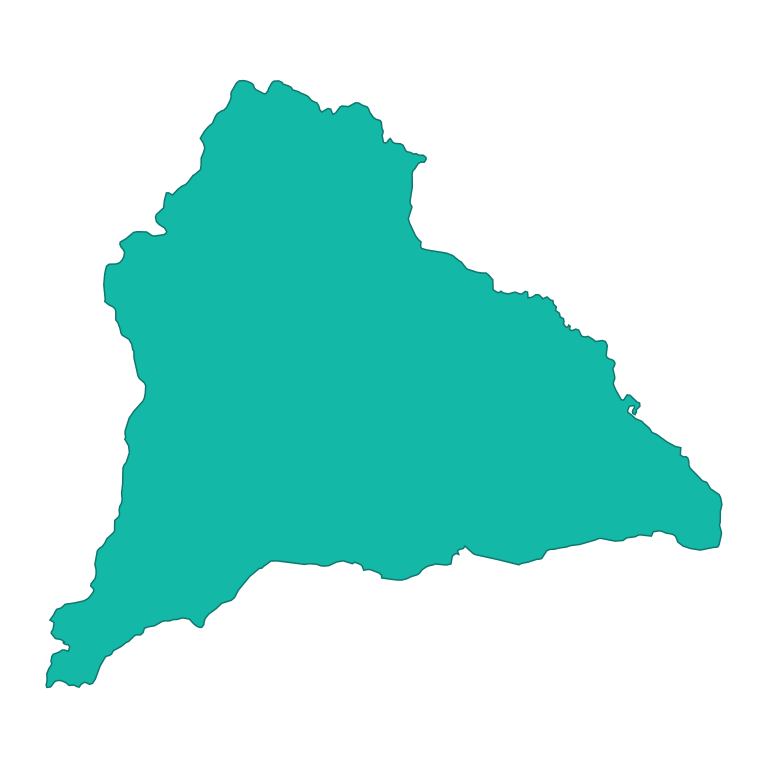 Ermera, Ermera, East Timor (orthographic projection), rotated 270°
{"feature_id": "22284137B14876648157947", "entity_name": "Ermera", "entity_type": "district", "adm_level": 2, "iso_a3": "TLS", "parent_name": "East Timor", "parent_adm1": "Ermera", "projection": "orthographic", "projection_center": [125.411, -8.766], "detail": "fine", "context": "isolated", "style": "filled", "palette": "teal", "viewbox_px": 768, "rotation_deg": 270, "n_neighbors": 0, "source": "geoboundaries", "source_scale": "gbopen_adm2", "svg_char_len": 6080}
<svg xmlns="http://www.w3.org/2000/svg" viewBox="0 0 768 768"><g transform="rotate(270 384 384)"><path d="M575.1,166.4L568.0,164.5L560.1,163.6L553.5,156.4L551.0,155.5L546.4,156.4L543.5,159.1L540.1,164.5L536.5,166.7L534.9,166.2L533.4,164.1L531.9,154.3L532.5,151.8L536.0,146.7L536.3,137.3L535.6,133.6L529.1,125.8L525.9,120.2L523.7,119.9L520.9,121.1L518.6,123.1L515.6,124.6L511.1,123.8L507.8,122.0L505.2,119.5L504.0,116.1L503.8,109.1L501.9,106.6L498.7,105.7L493.8,104.7L483.2,103.8L468.9,105.2L466.4,104.8L463.1,109.0L461.4,112.6L459.1,115.1L456.2,115.8L448.0,115.8L445.4,117.9L438.8,120.2L435.1,120.9L432.8,122.2L428.7,129.0L423.7,131.8L418.5,132.7L416.6,133.9L410.1,134.0L392.1,138.0L389.5,139.4L384.9,144.6L382.2,145.7L374.8,145.3L370.1,144.4L367.1,143.1L356.8,133.9L350.0,129.2L337.4,125.2L334.1,125.0L330.9,125.7L328.9,124.8L322.2,128.6L315.4,129.4L305.7,126.3L303.0,124.1L300.1,123.0L283.5,122.6L274.7,121.6L268.2,122.2L264.9,121.5L261.5,119.7L257.5,119.1L254.2,119.6L251.3,118.9L247.6,114.7L236.7,114.5L234.8,112.9L229.4,107.0L224.6,104.6L221.7,102.4L219.6,99.4L217.1,97.3L203.4,94.9L198.4,96.1L193.8,96.1L189.4,95.1L184.1,91.0L181.8,90.8L179.4,93.4L176.6,93.7L171.8,90.2L169.6,88.1L168.0,85.6L167.0,83.3L164.9,73.7L163.8,65.3L160.0,61.1L158.7,56.8L156.9,55.5L152.9,53.5L147.9,49.9L146.2,53.1L144.9,54.1L138.5,53.0L136.2,51.4L134.8,51.2L133.6,52.1L129.8,55.1L129.2,56.2L128.9,59.1L128.1,61.6L125.9,64.5L125.2,63.3L124.5,63.8L123.4,66.0L123.4,68.1L121.7,69.5L121.0,69.6L116.8,68.5L118.0,64.4L118.0,62.2L116.0,59.3L113.6,53.1L111.7,51.9L106.6,50.9L105.0,51.7L103.1,51.4L99.4,48.9L94.3,46.8L89.4,47.1L86.1,46.9L83.1,46.1L80.6,46.9L81.1,50.7L85.6,54.0L87.0,55.7L87.6,59.0L87.1,61.9L85.2,66.1L82.6,69.0L82.9,74.1L81.4,76.8L80.9,79.3L83.2,80.7L85.3,83.4L85.6,85.4L83.7,89.5L84.6,92.5L88.9,95.3L102.2,100.2L111.1,105.4L112.0,107.1L112.6,109.6L114.1,111.7L116.5,112.7L117.7,114.1L121.5,121.1L125.4,126.0L126.6,128.7L131.9,134.0L133.1,135.9L133.1,140.5L135.3,143.0L139.7,144.4L141.1,147.9L142.2,154.5L146.4,161.9L147.1,164.3L147.2,170.0L148.4,173.1L148.5,176.6L150.1,182.6L148.9,189.4L143.9,194.0L141.5,197.4L140.6,199.8L140.6,201.7L143.4,203.8L146.3,204.1L149.7,205.3L154.1,208.9L159.4,216.2L164.7,221.7L167.7,231.3L170.4,234.5L177.9,238.4L191.7,249.8L199.6,259.3L199.8,261.8L201.5,263.4L207.0,271.1L207.1,277.2L203.6,304.8L204.3,308.8L203.8,316.4L202.2,320.9L201.9,324.6L202.4,328.9L206.0,336.6L207.2,343.1L204.3,352.4L205.8,354.8L203.8,359.8L202.5,361.9L197.7,363.8L198.5,367.5L198.4,370.2L195.1,378.8L192.9,381.5L190.0,381.7L188.1,396.0L187.9,401.4L189.1,406.4L191.2,410.7L193.3,417.4L194.8,419.5L198.4,422.3L201.0,426.1L202.3,429.4L203.2,433.4L204.0,435.0L203.0,446.2L204.0,450.9L211.7,452.3L213.2,453.8L214.5,456.2L213.6,458.7L217.0,457.5L218.3,458.9L219.5,463.3L221.9,464.9L214.1,473.6L213.3,475.8L208.0,499.7L203.2,518.9L204.6,521.4L205.8,527.8L208.7,536.9L208.9,539.6L209.5,541.7L217.4,546.9L218.6,550.1L218.8,554.5L219.9,558.8L221.0,566.3L222.4,570.7L223.6,579.9L228.1,595.4L229.5,598.8L229.7,600.9L226.9,614.9L227.5,623.0L230.2,626.8L231.3,635.5L232.3,637.1L233.2,639.6L231.9,651.4L236.2,653.2L237.2,659.5L236.6,662.2L234.9,666.1L233.8,672.5L231.7,675.6L226.0,677.8L222.0,682.9L219.5,690.4L217.9,700.2L220.5,712.7L221.0,717.7L223.3,719.1L233.7,721.4L235.9,721.4L242.8,719.5L245.9,720.2L256.8,720.4L263.4,721.9L270.1,720.7L273.4,719.1L279.2,710.5L285.6,706.8L287.2,702.4L300.1,689.9L303.0,688.9L306.4,688.8L309.6,688.0L311.2,686.4L311.2,683.0L313.1,680.3L320.3,680.8L321.5,675.3L326.1,666.9L333.6,656.6L335.5,652.0L339.7,649.4L344.6,643.7L346.5,642.1L349.4,635.4L353.6,630.8L355.5,628.0L357.3,627.6L361.1,629.0L362.1,630.8L362.4,634.0L360.5,634.6L358.6,633.2L356.5,632.5L354.6,632.8L353.3,635.0L356.0,636.4L358.2,636.3L361.7,639.9L365.0,639.6L365.8,637.3L372.6,630.1L373.2,627.2L368.0,623.7L368.1,621.4L378.3,615.6L383.9,613.3L386.8,613.7L388.9,614.7L391.5,614.7L399.5,612.8L402.3,614.4L404.6,615.0L406.7,614.2L408.3,612.1L408.8,609.6L410.8,606.8L412.9,606.2L422.5,607.3L426.6,605.3L427.5,602.1L426.5,595.7L428.9,592.6L431.6,588.1L431.0,584.4L432.0,581.5L437.9,578.7L438.9,575.7L437.8,573.4L437.5,570.7L439.0,569.5L441.7,570.2L442.9,568.7L441.2,567.9L440.6,566.1L444.2,563.4L446.1,564.0L449.3,563.5L451.2,560.1L454.8,559.4L457.5,555.6L461.2,556.3L463.8,553.5L467.5,552.9L467.9,550.5L471.1,547.0L469.2,543.0L472.9,539.3L473.3,537.4L473.2,535.6L470.9,532.4L470.1,528.1L475.9,527.5L476.6,525.3L474.1,521.9L474.0,520.1L475.9,515.0L474.1,508.4L475.0,503.5L476.8,500.9L475.2,498.7L476.2,496.3L478.3,493.1L488.2,492.8L493.0,488.6L495.0,486.0L495.0,481.8L495.8,476.6L499.1,466.7L506.1,461.2L507.3,458.9L512.3,452.9L514.8,446.7L518.1,426.6L519.6,421.6L521.4,420.6L526.1,421.0L528.4,418.4L532.4,415.4L545.3,409.4L549.4,408.3L561.1,412.0L564.4,410.2L567.1,410.1L581.1,412.3L594.6,412.1L597.1,412.9L599.4,415.0L604.3,418.1L605.9,420.6L605.8,424.3L608.6,426.1L610.5,426.0L612.7,423.4L612.9,418.7L614.3,416.3L614.0,413.6L615.8,409.8L616.0,407.7L617.0,406.0L622.7,403.1L624.1,400.7L624.7,394.7L625.6,392.9L629.5,390.3L627.9,388.4L626.1,387.5L625.0,385.7L625.6,383.5L632.6,382.1L634.3,382.8L637.0,383.2L639.2,382.0L645.9,381.3L647.5,380.1L648.9,375.6L650.6,373.4L655.2,370.1L659.2,368.5L661.0,367.2L662.9,362.0L665.0,358.7L665.2,355.5L661.4,348.4L662.0,342.1L661.0,340.0L655.2,335.8L653.6,333.1L655.1,332.1L658.8,330.8L659.5,327.9L656.0,321.9L658.0,319.9L662.4,318.6L665.3,316.7L666.2,313.8L667.9,311.2L671.2,308.4L672.6,306.3L675.3,300.0L676.3,298.5L678.2,292.6L680.5,291.3L682.1,288.6L683.8,283.2L685.6,282.0L687.1,278.8L686.8,273.7L685.2,271.9L679.3,268.6L677.1,267.9L674.2,265.6L674.4,263.6L678.4,255.9L679.6,254.6L683.3,253.2L685.1,251.0L686.7,247.1L687.4,243.6L687.1,239.1L684.9,236.4L676.1,231.4L673.9,230.9L671.4,231.2L667.7,230.2L660.7,226.7L657.8,223.9L657.1,221.5L654.4,217.4L651.7,215.5L644.6,212.4L641.4,208.5L636.6,204.4L629.7,200.3L624.6,203.5L619.9,204.8L615.5,203.5L610.0,201.2L602.5,201.1L598.3,200.4L594.0,195.5L592.5,193.0L585.6,187.9L583.3,185.4L582.0,182.2L578.9,178.1L573.0,172.5L575.2,168.6L575.1,166.4Z" fill="#14b8a6" stroke="#0f766e" stroke-width="1.5"/></g></svg>